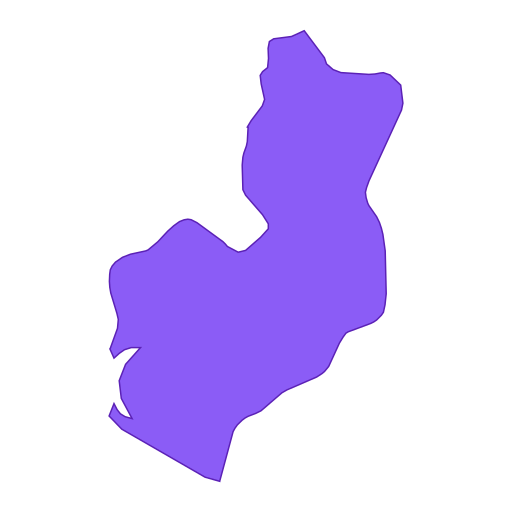 Montserrado, Robinson projection
{"feature_id": "LBR-788", "entity_name": "Montserrado", "entity_type": "County", "adm_level": 1, "iso_a3": "LBR", "parent_name": "Liberia", "parent_adm1": "", "projection": "robinson", "projection_center": [-10.594, 6.529], "detail": "fine", "context": "isolated", "style": "filled", "palette": "violet", "viewbox_px": 512, "rotation_deg": 0, "n_neighbors": 0, "source": "natural_earth", "source_scale": "10m", "svg_char_len": 1587}
<svg xmlns="http://www.w3.org/2000/svg" viewBox="0 0 512 512"><path d="M219.7,481.3L205.1,477.2L121.8,429.2L109.1,416.0L114.0,403.6L117.1,409.6L120.4,413.8L125.1,416.7L132.1,418.6L121.3,398.4L119.2,380.7L125.6,364.3L140.5,347.6L131.2,347.6L124.5,349.7L119.2,353.4L114.0,358.1L109.9,348.9L110.0,348.7L110.3,348.3L117.5,328.3L118.3,319.4L116.9,313.3L110.8,293.1L109.8,287.3L109.4,281.4L109.7,274.3L110.3,269.8L112.2,266.0L115.5,262.1L122.5,257.3L130.5,254.2L145.8,250.9L148.1,249.9L157.7,241.9L167.8,231.1L173.7,225.8L179.5,221.6L184.1,219.8L187.8,219.2L191.1,219.7L197.0,222.7L223.1,241.8L225.4,244.1L227.4,246.5L238.2,252.2L245.6,250.4L260.6,237.3L268.3,228.8L268.3,223.8L262.6,214.8L245.6,195.2L242.9,189.7L242.2,165.1L242.9,157.2L243.9,153.0L246.4,146.0L247.3,141.7L248.1,127.4L247.3,127.1L251.2,120.6L262.3,105.9L264.6,99.4L261.2,84.0L260.2,75.4L262.6,71.6L267.6,67.6L268.5,58.5L268.1,48.3L269.4,41.5L273.7,38.8L291.5,36.5L304.2,30.7L324.4,57.7L326.5,63.9L333.1,69.6L340.9,72.6L368.9,74.4L375.0,74.0L380.4,73.0L383.4,72.7L390.1,75.0L400.7,85.1L402.9,103.2L401.5,110.1L369.0,180.8L366.6,187.5L365.4,192.3L366.1,197.6L367.7,203.1L368.9,205.6L376.6,216.7L379.4,222.4L381.4,228.3L382.9,234.4L385.2,250.9L386.2,293.8L385.0,304.9L383.4,312.3L381.4,315.2L376.6,320.0L373.8,321.9L370.8,323.4L348.2,331.8L345.9,333.2L343.0,337.2L339.4,343.1L328.7,366.4L324.5,371.5L322.1,373.5L316.7,377.0L286.9,389.9L281.9,392.8L261.0,410.8L255.7,413.4L248.1,416.3L245.2,417.9L242.1,420.2L237.3,424.9L234.9,428.3L233.1,431.6L219.7,481.2L219.7,481.3Z" fill="#8b5cf6" stroke="#5b21b6" stroke-width="1.5"/></svg>